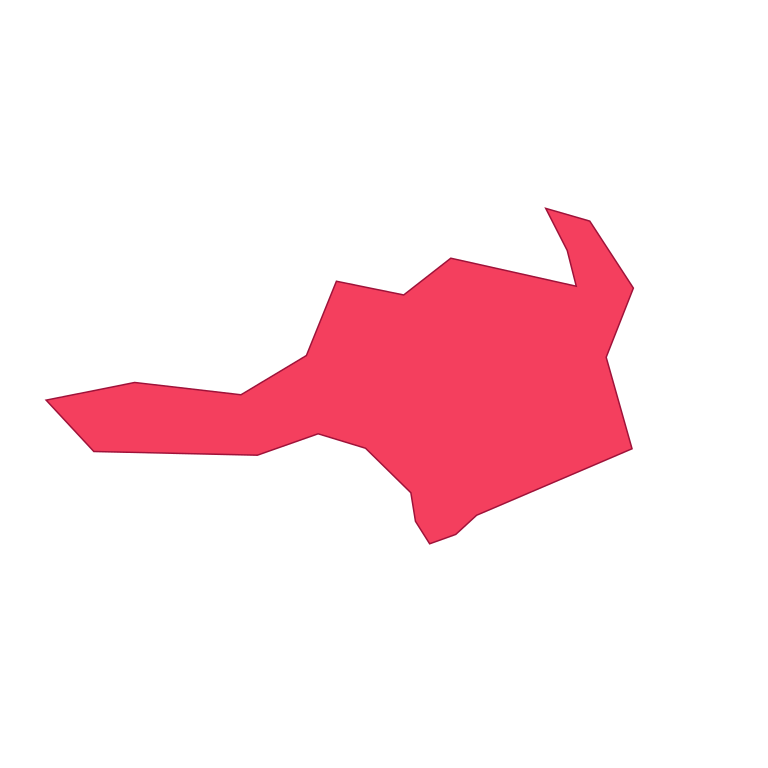 outline of Chişinău, rotated 318°
{"feature_id": "MDA-1627", "entity_name": "Chişinău", "entity_type": "City", "adm_level": 1, "iso_a3": "MDA", "parent_name": "Moldova", "parent_adm1": "", "projection": "albers", "projection_center": [28.832, 47.05], "detail": "fine", "context": "isolated", "style": "filled", "palette": "rose", "viewbox_px": 768, "rotation_deg": 318, "n_neighbors": 0, "source": "natural_earth", "source_scale": "10m", "svg_char_len": 459}
<svg xmlns="http://www.w3.org/2000/svg" viewBox="0 0 768 768"><g transform="rotate(318 384 384)"><path d="M417.4,275.8L458.2,331.0L517.8,335.2L592.3,440.0L609.5,407.4L621.7,361.7L645.9,400.6L633.5,479.6L567.0,512.8L525.0,598.1L365.0,543.5L336.7,543.8L311.0,533.3L315.5,507.1L331.2,482.8L327.3,419.4L301.7,376.9L242.3,352.2L123.2,240.0L122.1,169.9L199.7,216.0L270.5,296.3L345.4,310.9L417.4,275.8Z" fill="#f43f5e" stroke="#9f1239" stroke-width="1.5"/></g></svg>